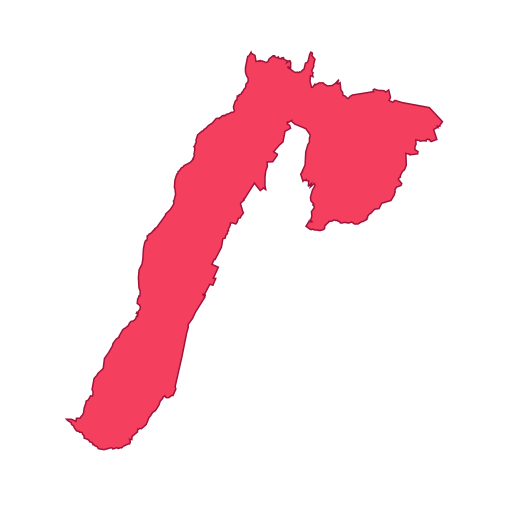 Tuxcueca, Jalisco, Mexico (Mercator projection), rotated 276°
{"feature_id": "50627088B64189905632307", "entity_name": "Tuxcueca", "entity_type": "district", "adm_level": 2, "iso_a3": "MEX", "parent_name": "Mexico", "parent_adm1": "Jalisco", "projection": "mercator", "projection_center": [-103.23, 20.139], "detail": "fine", "context": "isolated", "style": "filled", "palette": "rose", "viewbox_px": 512, "rotation_deg": 276, "n_neighbors": 0, "source": "geoboundaries", "source_scale": "gbopen_adm2", "svg_char_len": 6093}
<svg xmlns="http://www.w3.org/2000/svg" viewBox="0 0 512 512"><g transform="rotate(276 256 256)"><path d="M409.1,427.4L421.7,412.9L423.9,385.0L425.3,377.8L423.1,376.0L424.6,372.0L427.3,373.1L428.4,373.0L435.0,370.6L432.6,367.8L433.8,366.0L433.5,359.7L434.4,356.4L433.7,355.3L431.9,355.5L431.8,354.6L431.6,355.1L426.2,335.1L425.0,333.4L422.3,331.2L422.3,330.5L424.3,328.0L425.0,325.7L427.9,325.0L430.0,323.1L437.2,321.5L435.7,319.5L436.0,318.6L440.1,320.0L436.1,317.0L433.5,314.0L432.6,309.3L434.0,306.1L435.2,304.8L434.8,300.8L432.6,297.4L432.2,296.5L432.7,296.4L429.6,294.6L429.5,293.6L435.3,291.5L441.0,291.3L440.3,294.0L442.2,293.2L444.2,293.6L445.0,292.4L446.6,292.2L450.5,293.6L453.0,293.3L457.8,294.1L461.1,290.6L463.1,291.1L463.2,291.4L463.3,290.6L464.0,290.5L464.5,289.2L462.1,288.3L455.7,287.5L453.8,286.7L453.0,285.0L446.7,284.2L446.0,283.1L443.5,281.2L443.6,279.9L442.7,278.9L443.1,278.1L442.7,275.3L446.8,268.0L447.5,268.3L446.4,270.8L452.1,270.3L452.2,269.9L453.4,269.7L453.8,268.7L451.7,266.5L453.3,267.0L453.8,264.9L454.8,263.0L456.2,262.6L455.6,260.7L454.8,260.9L454.8,258.5L456.4,257.3L455.3,256.3L456.3,253.2L457.1,253.4L457.0,252.1L453.3,248.4L450.5,247.5L449.5,245.8L450.7,241.5L450.1,239.0L450.6,239.2L449.4,235.7L455.4,234.0L457.0,230.4L458.2,229.8L454.2,228.0L453.6,226.9L442.2,225.8L437.8,226.3L434.2,227.8L431.9,229.6L428.6,229.9L426.0,228.1L422.3,228.0L420.5,226.6L417.6,225.5L417.2,224.7L415.6,224.5L414.8,222.8L414.0,222.0L413.1,222.0L413.2,220.7L409.2,220.7L408.9,219.9L407.8,219.2L402.4,218.0L400.4,218.3L398.6,219.3L397.2,219.0L396.5,218.1L396.4,216.5L394.8,214.4L393.9,211.8L392.4,210.7L392.6,209.8L392.1,209.4L392.4,209.0L391.8,207.6L390.0,206.2L389.5,205.2L388.9,205.2L389.0,203.1L388.4,201.9L383.8,198.8L380.8,195.1L377.5,192.6L376.6,191.2L375.2,190.6L374.4,189.1L370.4,185.3L364.9,184.2L362.7,184.7L361.1,183.9L359.5,183.7L358.2,182.8L357.9,183.6L354.8,184.0L350.5,183.7L349.7,184.3L346.1,183.1L346.4,183.6L345.9,183.7L342.2,180.8L338.4,175.0L336.9,174.2L335.8,172.5L332.7,170.9L331.8,169.7L330.1,169.7L329.4,168.9L327.3,168.3L322.6,167.4L315.6,167.7L314.4,168.4L308.8,169.6L302.9,168.7L301.9,168.1L300.9,168.8L298.7,168.6L293.3,166.0L288.2,161.7L286.8,161.6L275.9,155.3L275.2,155.4L272.5,152.4L271.8,152.1L271.4,152.5L270.6,151.2L268.0,149.5L266.6,147.4L265.4,146.8L264.5,145.6L261.8,146.1L260.1,145.6L259.9,144.6L257.5,143.9L251.5,143.3L240.7,143.8L236.1,143.5L230.1,141.2L222.2,141.3L212.3,142.9L208.8,144.5L206.3,144.7L204.0,144.6L203.9,143.6L202.4,143.6L200.9,142.8L196.4,142.8L195.1,145.2L193.3,146.3L190.7,146.2L188.8,144.8L187.4,144.7L187.7,143.5L186.4,143.0L185.9,144.6L183.6,144.5L183.7,143.5L181.0,142.9L179.6,141.9L178.6,140.8L177.8,138.4L175.9,137.1L173.1,136.2L172.6,135.2L171.8,134.9L169.0,131.3L161.6,128.1L161.1,128.5L158.8,125.7L155.6,123.8L153.6,122.8L151.7,122.7L144.2,119.4L138.3,116.0L128.2,115.8L122.8,111.1L120.4,110.1L117.4,107.8L106.1,106.9L104.0,108.2L101.2,108.3L99.5,107.8L99.6,106.0L95.4,104.3L93.9,102.2L91.9,102.2L87.0,101.0L82.3,100.9L79.6,100.1L78.3,98.9L76.3,98.0L75.9,94.4L72.7,94.2L74.3,89.8L73.9,84.6L72.7,85.9L71.0,89.5L69.2,90.2L67.7,92.6L66.3,93.1L63.3,95.8L63.0,98.5L62.3,98.9L62.4,100.9L61.9,101.7L60.8,102.0L59.1,103.9L56.9,104.1L56.1,107.6L55.0,109.4L53.8,109.9L53.8,111.0L52.5,113.5L51.3,113.5L51.3,114.7L50.5,115.4L49.9,117.8L47.9,119.4L47.5,125.1L50.1,131.8L50.1,132.9L49.1,133.9L50.9,137.9L50.2,138.8L50.2,139.6L51.2,140.9L51.1,142.4L52.9,143.9L55.7,148.6L55.9,149.9L57.9,150.5L60.6,149.4L60.4,151.7L63.6,151.6L68.6,156.5L71.5,156.5L71.4,157.2L72.4,158.7L72.2,160.0L76.9,164.4L84.6,166.6L85.8,167.7L89.6,169.5L91.7,172.1L97.5,175.0L101.6,175.9L104.6,178.1L105.8,178.1L107.5,180.0L106.2,180.7L105.7,182.0L106.1,184.2L108.6,186.8L108.5,188.0L115.3,190.2L117.6,189.3L120.0,189.5L147.5,192.8L173.0,195.2L177.8,196.1L180.8,195.7L187.1,199.3L194.0,201.7L209.9,209.5L212.7,206.8L211.8,209.5L213.2,209.1L223.1,213.0L222.4,216.2L229.5,218.3L229.4,215.9L240.9,219.7L243.1,213.0L248.4,214.9L248.3,215.7L261.0,220.7L269.2,221.2L269.9,221.6L270.6,223.5L273.4,223.7L275.3,225.3L276.8,225.1L278.1,225.4L278.2,226.0L280.0,225.8L283.9,227.2L285.9,227.0L286.5,229.0L285.7,232.5L287.6,233.7L291.7,234.6L292.3,236.4L294.8,237.2L295.7,238.1L297.8,239.0L298.8,238.2L306.7,235.0L310.5,238.4L311.4,237.7L312.1,238.8L328.3,246.8L321.5,253.4L324.4,256.4L323.1,258.7L327.2,257.5L335.2,256.7L341.9,256.8L346.2,258.0L350.6,257.2L351.5,262.8L358.2,266.5L359.5,266.6L361.5,262.6L369.0,267.8L372.2,270.9L383.0,271.8L386.6,277.0L389.5,275.8L390.4,273.4L391.4,273.7L392.2,273.0L392.7,273.7L392.5,274.7L394.6,277.2L393.6,277.6L391.3,280.7L387.8,292.3L382.3,297.0L380.9,297.3L379.3,296.8L374.6,297.2L372.4,296.0L364.7,294.6L351.5,295.3L345.2,293.1L345.0,293.5L342.1,291.9L335.2,294.9L336.4,295.8L336.2,296.9L337.1,297.9L336.3,297.9L336.1,300.6L331.3,300.7L331.1,301.1L333.8,303.5L330.4,302.9L334.1,306.4L332.5,307.4L327.3,305.2L319.8,304.0L316.5,304.9L313.7,308.0L312.7,307.2L311.7,308.5L310.1,308.9L305.9,306.5L301.6,307.4L297.7,306.7L297.2,305.8L296.0,308.0L295.4,305.5L295.7,305.0L290.8,302.6L288.3,306.9L288.0,308.3L288.7,309.9L288.0,311.2L288.3,315.1L288.0,315.3L288.0,317.1L289.1,319.9L290.3,321.3L293.7,321.4L294.5,322.6L295.5,323.0L297.1,324.7L297.9,324.7L298.8,328.2L300.0,329.8L299.6,331.8L300.0,333.0L299.4,333.4L298.9,335.7L298.0,336.1L297.6,337.2L298.7,340.8L298.4,344.6L299.8,347.6L298.1,350.7L298.5,354.1L301.1,357.4L301.5,358.9L304.0,362.5L304.9,362.2L305.8,363.0L307.3,362.8L309.6,364.4L310.3,365.6L314.9,369.0L316.0,373.4L321.6,375.5L325.3,384.4L330.9,387.0L334.4,387.7L336.4,387.2L339.2,388.6L341.2,392.7L343.2,393.4L347.3,389.5L348.4,389.9L349.6,391.4L350.4,391.1L352.4,391.6L355.5,392.9L357.3,394.7L362.1,396.0L373.7,394.3L373.4,397.1L372.6,398.5L373.2,398.7L373.1,400.2L374.5,406.1L376.8,406.2L378.5,402.8L381.8,402.7L383.8,403.5L388.2,402.8L387.9,406.4L387.4,407.0L388.2,411.0L388.2,413.2L389.0,412.9L390.2,414.5L389.7,415.4L390.1,416.4L388.5,417.3L388.1,418.2L390.8,423.7L400.3,419.4L402.7,422.8L402.7,423.7L404.0,422.7L404.3,425.1L404.6,424.9L409.1,427.4Z" fill="#f43f5e" stroke="#9f1239" stroke-width="1.5"/></g></svg>